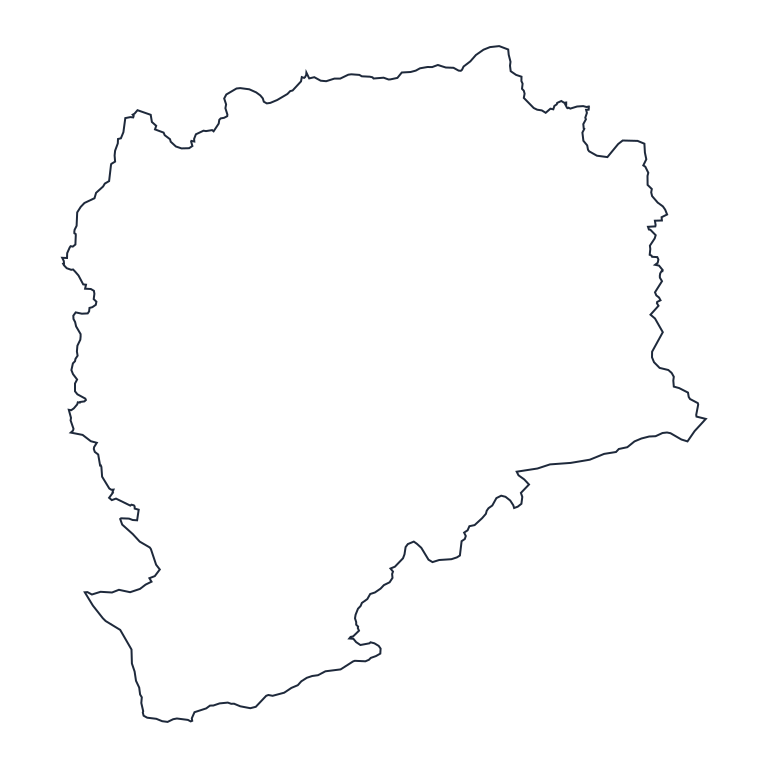 the district of Baita, Hunedoara, Romania
{"feature_id": "2599482B49651116584259", "entity_name": "Baita", "entity_type": "district", "adm_level": 2, "iso_a3": "ROU", "parent_name": "Romania", "parent_adm1": "Hunedoara", "projection": "natural_earth1", "projection_center": [22.903, 46.027], "detail": "fine", "context": "isolated", "style": "outline", "palette": "slate", "viewbox_px": 768, "rotation_deg": 0, "n_neighbors": 0, "source": "geoboundaries", "source_scale": "gbopen_adm2", "svg_char_len": 5963}
<svg xmlns="http://www.w3.org/2000/svg" viewBox="0 0 768 768"><path d="M705.8,418.9L696.5,416.6L696.2,414.9L698.2,404.6L697.8,403.1L690.0,399.0L688.7,396.9L688.0,392.6L679.2,388.1L673.8,386.6L673.3,380.6L673.8,376.8L671.7,373.0L668.3,370.0L659.6,367.9L654.0,362.2L652.0,357.3L652.1,351.7L662.8,332.2L655.0,318.5L650.5,314.7L658.5,305.8L656.9,303.2L657.2,301.9L660.5,300.3L659.0,297.5L656.3,295.4L655.0,292.3L662.0,281.2L659.9,277.7L659.8,275.9L660.2,273.4L661.6,271.1L662.4,271.2L662.7,270.1L659.0,265.6L655.1,264.8L657.7,262.8L658.4,259.5L657.3,257.1L652.1,256.8L651.5,255.6L649.7,254.8L650.3,249.0L649.9,245.7L654.7,238.4L655.7,235.2L650.4,229.8L648.9,229.5L648.0,226.8L655.3,226.4L655.6,225.0L654.9,220.7L661.9,220.5L661.6,217.2L667.1,214.5L665.2,209.7L662.9,206.4L657.7,202.6L652.1,196.1L651.2,192.4L651.8,189.0L647.6,184.9L647.5,175.9L648.3,172.8L645.3,166.7L643.3,165.4L646.3,159.3L644.9,152.5L644.4,143.7L637.6,140.9L622.7,140.5L618.2,144.0L607.4,157.1L596.9,155.7L589.1,151.3L588.0,149.7L587.2,145.4L583.4,140.8L582.4,132.6L584.3,128.8L583.7,128.3L583.3,124.1L585.9,119.3L585.3,117.7L586.9,112.9L586.1,109.8L588.6,109.7L588.8,108.2L588.2,107.0L589.7,106.3L586.5,107.0L583.2,106.1L577.1,106.5L570.3,108.6L568.6,107.7L567.8,108.2L567.0,107.8L565.4,104.7L566.2,104.6L566.2,102.5L564.2,102.8L561.3,101.0L557.2,102.9L556.7,104.4L554.4,105.9L553.3,109.3L550.4,108.7L545.7,112.8L541.8,110.4L537.2,109.7L533.7,108.0L523.8,97.9L524.6,93.7L523.8,90.7L522.0,88.8L522.6,83.7L521.4,81.0L521.5,76.7L516.1,74.9L510.7,71.2L510.0,65.7L510.5,61.8L508.7,54.7L508.2,49.5L499.2,46.1L490.0,47.1L483.5,49.7L475.9,55.0L470.3,61.4L463.6,66.5L462.0,69.8L460.8,70.8L458.6,70.6L453.5,67.8L445.8,67.5L437.8,65.0L432.1,67.1L427.5,67.0L420.0,68.3L415.8,70.6L410.6,72.0L401.8,72.5L397.4,77.9L390.3,79.4L388.6,79.5L383.6,77.7L373.5,78.5L372.5,77.3L369.8,76.7L361.8,76.3L359.4,74.9L351.3,74.3L348.3,74.7L340.2,78.6L334.4,78.6L326.2,81.2L320.7,80.7L314.3,77.2L309.2,78.4L306.4,72.6L306.2,75.0L305.0,77.2L304.1,77.9L301.8,77.1L301.0,81.4L292.6,90.5L290.2,91.1L287.4,94.0L277.2,100.0L270.3,102.9L266.8,103.4L263.8,101.7L262.8,98.4L260.3,95.4L256.2,92.4L249.3,89.3L240.2,88.1L236.5,88.5L226.3,94.5L224.2,98.5L226.1,104.4L225.4,108.2L227.4,114.6L227.2,116.2L224.1,117.8L220.7,118.4L219.3,119.8L218.7,123.6L213.6,131.3L212.1,130.1L206.0,131.1L203.5,130.7L195.9,134.3L194.1,138.9L194.3,141.5L191.4,140.9L191.1,141.6L192.4,146.0L189.1,148.2L181.5,148.4L175.9,146.5L170.7,141.7L170.0,139.2L164.7,135.2L163.6,132.6L155.0,129.4L156.2,125.8L151.9,122.0L150.7,114.8L137.5,110.2L134.5,113.7L132.7,114.7L133.7,115.8L133.2,117.4L130.4,117.1L125.3,118.1L123.4,132.2L120.9,138.3L118.0,139.0L117.8,143.4L115.1,150.7L114.6,155.5L115.1,161.6L111.3,163.9L111.0,164.9L109.1,181.1L104.8,183.6L103.1,186.5L96.1,192.8L94.5,198.2L84.4,203.0L80.7,206.9L77.2,212.4L76.6,225.8L74.6,229.8L74.3,231.9L74.4,233.3L75.6,233.9L75.8,234.9L75.4,244.5L72.8,246.6L70.6,246.2L69.7,247.5L67.2,253.1L67.0,258.0L62.2,257.8L63.8,261.0L64.0,263.7L63.2,263.8L63.9,265.2L66.7,268.2L71.2,269.8L73.1,269.5L75.3,271.8L78.5,275.5L83.2,284.4L86.0,284.7L85.1,288.7L90.8,289.0L93.9,290.8L94.4,293.8L93.7,299.1L96.4,301.7L95.8,304.8L92.3,307.2L89.5,307.9L89.1,311.4L87.7,313.4L81.9,313.7L75.7,312.4L73.3,315.7L73.5,319.0L75.1,322.0L76.1,326.4L80.6,334.1L80.6,336.7L80.3,339.7L77.4,345.7L76.9,351.5L77.6,355.7L75.5,358.8L75.0,361.2L72.9,363.4L71.4,370.1L73.0,374.1L77.1,379.5L75.0,383.5L75.0,391.3L77.4,394.3L85.3,398.6L85.9,400.0L84.4,401.4L80.0,402.0L79.8,402.6L77.8,402.3L77.2,404.4L73.8,408.4L71.2,410.2L68.8,409.8L71.0,417.9L70.6,420.4L73.5,428.8L73.0,430.6L70.8,432.6L82.6,434.9L90.8,441.2L96.8,442.8L94.1,447.1L93.8,449.0L94.8,451.9L98.2,454.5L100.1,465.5L100.8,465.4L101.4,467.0L102.1,476.7L109.3,488.5L111.4,489.8L113.5,489.6L112.5,492.3L112.9,492.7L109.1,497.8L111.8,500.1L116.0,498.6L130.3,505.6L131.4,504.7L133.8,505.3L134.6,506.3L134.7,508.6L138.7,509.7L137.1,520.3L132.7,520.0L129.0,518.6L121.1,518.3L120.2,519.0L122.2,524.6L132.8,534.1L139.7,541.6L149.8,547.5L150.9,549.1L156.1,564.7L159.8,569.5L154.8,576.1L149.4,578.2L151.5,581.7L145.6,584.6L140.0,588.9L130.1,592.2L118.9,589.8L112.0,592.5L100.6,591.8L91.9,594.5L87.4,592.1L84.8,592.3L92.9,605.6L102.8,618.2L105.6,621.0L120.2,629.9L131.5,649.5L131.9,663.5L134.6,671.5L136.0,680.8L139.2,687.6L140.1,694.5L141.8,697.3L141.3,703.0L143.2,711.2L142.8,712.5L143.6,715.7L147.2,717.7L156.3,718.8L162.2,721.2L167.6,721.9L173.2,719.2L176.9,718.5L187.9,719.9L190.7,721.4L192.2,720.8L191.8,718.3L194.5,712.2L206.2,708.4L210.0,705.6L213.4,705.5L219.6,703.4L227.8,702.6L231.2,703.8L234.0,703.7L240.3,706.3L250.3,708.2L255.8,706.8L266.2,695.8L268.4,695.0L272.6,695.8L284.2,692.7L291.4,687.9L297.8,685.2L301.3,681.3L306.8,677.8L312.2,676.0L318.0,675.2L325.4,671.3L340.6,669.4L353.1,661.4L354.8,660.8L365.4,661.3L368.9,659.8L370.8,657.9L375.9,656.1L380.3,653.6L380.6,648.6L378.7,645.9L374.4,643.3L370.5,642.3L369.5,643.3L360.4,645.0L356.1,642.1L353.4,638.8L349.3,638.5L350.6,636.9L353.1,636.4L359.0,630.7L357.8,628.0L358.1,626.6L356.2,624.7L356.2,622.1L355.0,618.3L355.6,614.7L358.0,608.7L360.6,606.0L361.9,602.9L367.3,599.1L370.2,594.0L374.9,592.5L380.6,588.6L383.9,585.1L389.6,582.3L392.5,577.9L392.1,574.0L393.0,571.6L390.5,568.5L394.9,566.7L403.0,558.3L404.5,554.3L405.6,547.1L407.8,544.1L413.8,541.6L416.9,543.8L421.3,547.8L428.5,559.7L432.5,562.1L439.2,560.0L451.4,559.2L456.9,557.4L459.9,555.5L461.6,541.2L464.8,539.0L465.8,536.0L464.1,532.6L467.6,530.3L469.4,526.2L474.6,525.1L482.1,518.2L485.9,513.8L486.7,510.8L488.5,508.2L492.3,505.5L496.4,498.1L501.2,495.7L505.5,496.8L510.2,500.5L513.3,505.3L514.1,508.0L517.7,506.7L521.4,503.8L522.3,496.9L520.9,492.9L529.0,484.5L524.2,479.4L518.5,475.3L516.7,471.7L537.5,468.5L550.0,464.4L570.7,462.9L589.8,459.7L604.1,453.9L616.0,452.0L618.8,449.0L627.3,447.2L634.5,441.4L641.4,438.5L649.2,436.5L655.6,436.2L662.5,433.0L667.0,432.5L670.5,433.2L681.4,439.5L687.5,441.4L694.6,431.1L705.8,418.9Z" fill="none" stroke="#1e293b" stroke-width="2"/></svg>